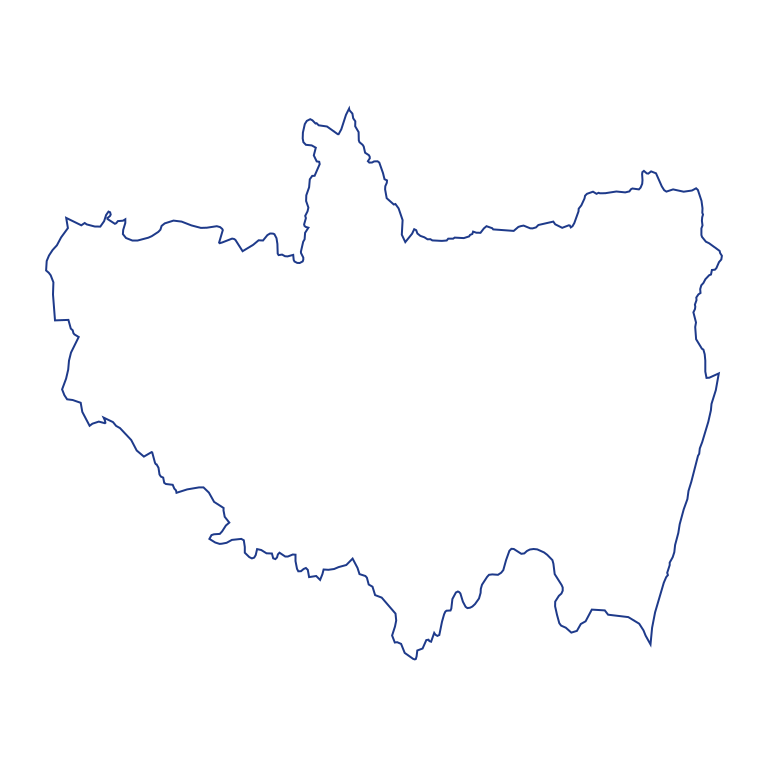 outline of Vohipeno, Vatovavy-Fitovinany, Madagascar
{"feature_id": "10022922B81120329184352", "entity_name": "Vohipeno", "entity_type": "district", "adm_level": 2, "iso_a3": "MDG", "parent_name": "Madagascar", "parent_adm1": "Vatovavy-Fitovinany", "projection": "equal_earth", "projection_center": [47.681, -22.341], "detail": "fine", "context": "isolated", "style": "outline", "palette": "blue", "viewbox_px": 768, "rotation_deg": 0, "n_neighbors": 0, "source": "geoboundaries", "source_scale": "gbopen_adm2", "svg_char_len": 6091}
<svg xmlns="http://www.w3.org/2000/svg" viewBox="0 0 768 768"><path d="M349.1,108.6L346.0,114.8L341.3,129.3L338.6,134.2L337.8,134.2L327.0,126.5L318.7,125.3L316.6,123.2L315.5,123.5L312.4,120.3L310.2,119.2L306.8,120.9L304.8,124.1L302.9,132.6L302.7,138.5L303.4,142.2L305.9,144.8L311.7,145.4L315.8,147.7L313.8,155.4L316.7,161.4L319.2,161.8L319.7,164.1L314.6,175.8L312.2,175.9L309.8,179.3L309.1,187.3L306.3,195.3L306.1,201.0L308.4,207.6L307.5,211.4L305.2,215.9L305.9,218.1L304.1,224.4L304.5,225.9L305.7,226.9L308.4,227.7L305.1,232.8L304.6,239.3L303.2,241.7L300.9,251.7L301.0,253.0L303.3,257.6L303.3,259.6L302.7,261.4L299.7,263.0L297.2,262.9L294.5,261.5L293.7,259.9L293.2,254.9L287.5,256.4L285.0,256.2L282.1,254.6L278.6,255.1L277.7,253.6L277.4,244.0L276.5,238.2L274.4,234.2L273.0,233.6L270.1,233.5L267.4,235.1L263.0,240.5L258.6,240.3L253.2,244.8L242.6,251.2L235.4,239.9L234.1,239.0L232.1,238.6L222.1,242.5L219.7,243.2L219.1,242.6L222.8,230.1L222.2,228.9L220.1,227.1L216.8,226.2L206.9,227.7L200.9,227.9L191.4,225.4L181.6,221.6L173.5,220.6L164.7,223.4L161.6,225.9L160.4,229.7L158.3,231.9L151.7,236.2L148.3,237.7L137.7,240.5L132.3,240.5L126.0,238.0L122.9,234.1L123.2,229.9L125.3,223.0L125.3,219.3L123.0,220.7L117.9,221.1L116.2,223.2L114.9,223.8L107.5,219.0L107.4,218.1L109.9,216.1L110.7,214.6L110.1,212.3L108.5,211.6L106.1,215.0L104.1,221.2L100.3,226.6L94.7,226.5L86.7,224.4L84.7,223.0L81.3,225.3L66.2,217.9L67.9,228.1L61.1,237.4L56.9,245.3L52.6,250.0L49.0,255.5L46.7,261.0L46.1,270.5L48.8,272.8L50.7,275.3L53.4,282.3L53.0,294.5L55.0,320.4L68.4,319.9L70.8,328.6L72.7,330.3L73.4,333.1L74.4,334.4L78.7,337.0L71.0,352.6L69.0,360.6L68.2,369.6L66.1,378.6L62.1,389.4L64.4,395.2L67.1,399.3L72.6,400.0L80.7,402.8L82.3,411.9L89.6,425.8L92.4,423.7L98.8,421.6L104.9,423.2L105.4,422.8L104.9,420.4L103.6,417.6L113.0,422.1L116.1,425.9L120.0,428.1L131.2,440.0L136.7,450.5L143.9,456.6L151.6,452.1L152.2,452.4L155.0,462.8L155.8,464.2L156.6,464.4L158.5,467.8L159.5,474.5L160.9,476.6L163.2,477.6L164.2,482.8L165.9,484.0L172.7,484.8L174.3,488.6L176.0,490.4L176.5,492.8L187.2,489.4L199.0,487.4L203.5,487.4L208.9,492.6L214.1,501.9L223.6,508.0L223.5,510.4L224.7,516.8L229.3,522.6L225.9,525.5L222.1,531.4L219.8,533.9L213.9,534.3L211.5,535.1L209.4,538.9L215.2,542.5L219.6,543.9L221.9,543.7L226.6,542.8L231.9,539.9L241.3,538.9L243.8,540.3L244.8,547.0L244.8,552.7L249.3,557.1L251.9,558.4L254.2,557.6L255.7,555.1L257.1,549.1L261.2,550.0L266.5,553.3L271.9,553.5L273.2,558.3L275.4,559.1L277.0,557.5L277.9,554.4L279.5,552.7L285.2,556.5L287.9,556.5L292.8,554.5L295.5,554.7L295.5,561.1L297.0,568.8L298.3,571.3L301.0,571.2L303.6,569.0L305.9,568.0L307.8,569.9L309.1,577.1L316.2,576.0L320.1,579.9L322.4,574.2L323.6,569.5L328.4,569.8L334.1,569.0L338.6,567.1L346.3,565.0L352.6,558.6L357.5,567.9L359.5,574.1L365.4,576.0L366.9,577.7L368.7,584.5L372.5,586.7L375.1,595.1L381.7,597.6L395.5,613.6L396.2,620.5L395.0,626.5L392.1,635.5L394.8,642.5L397.2,642.2L401.1,643.9L404.7,652.9L413.2,658.9L414.8,659.4L415.8,659.0L416.6,656.3L417.3,650.5L422.6,648.5L426.3,640.1L428.5,639.7L429.4,641.1L431.1,641.7L434.2,632.9L435.4,634.7L437.4,635.9L439.3,635.0L442.0,621.7L444.1,614.3L445.3,611.7L446.5,610.7L450.5,610.5L451.3,608.6L452.4,599.0L455.9,592.5L457.9,591.5L459.3,592.2L460.4,593.5L462.9,601.7L465.6,606.8L467.4,608.1L470.1,607.7L472.4,606.5L475.0,604.1L479.0,598.5L480.6,592.9L480.8,588.9L482.0,584.7L487.1,576.9L489.0,574.8L492.3,574.4L498.0,574.8L501.2,572.7L503.3,570.1L506.1,560.0L509.4,550.8L511.4,548.8L513.8,549.0L521.3,553.8L524.3,553.4L526.9,551.0L529.9,549.5L533.6,549.0L537.3,549.4L544.0,552.4L547.2,554.8L552.4,560.1L553.4,563.7L554.7,574.1L561.6,585.0L562.7,587.5L562.7,590.7L561.4,593.6L558.9,595.8L555.2,601.6L555.1,606.3L557.0,614.8L559.3,623.2L561.1,625.6L565.8,627.7L571.3,632.6L576.9,630.9L580.8,624.0L585.6,621.3L591.8,609.6L604.8,610.4L608.1,614.7L628.3,617.1L639.2,623.7L643.5,630.4L645.6,635.6L650.5,644.4L652.1,627.7L655.1,612.3L663.8,582.7L666.2,577.1L667.9,575.1L667.2,572.8L669.7,565.1L669.7,562.6L672.7,557.2L674.3,552.2L675.1,545.0L678.3,533.0L679.7,524.2L683.7,509.4L687.4,499.1L688.5,490.9L691.3,481.8L698.0,455.8L699.2,453.8L699.8,448.4L702.2,442.1L708.3,421.8L710.9,410.3L711.5,403.9L715.8,390.2L718.8,373.4L709.3,377.7L706.5,377.9L705.3,371.6L705.3,360.6L704.7,354.3L703.4,349.6L701.9,348.7L696.1,339.2L695.2,327.0L696.0,322.5L693.4,312.3L695.0,309.0L695.3,306.6L694.9,304.7L696.5,300.1L696.3,297.5L698.4,294.4L700.5,293.0L700.2,289.1L701.3,285.3L703.4,283.0L705.4,279.2L709.2,275.2L711.0,274.5L711.9,270.0L714.9,269.7L716.4,268.1L719.0,262.1L721.3,259.5L721.9,255.8L720.2,253.2L719.6,250.9L709.0,243.2L705.9,241.7L702.0,236.9L701.4,235.0L701.4,228.4L702.5,225.4L701.9,220.8L702.2,217.2L703.0,214.6L702.3,212.8L702.5,208.3L701.5,200.9L697.9,190.0L696.1,188.3L692.0,190.5L683.7,191.7L673.1,189.4L666.4,191.6L664.2,190.2L661.8,186.4L656.0,173.3L651.1,171.4L648.3,173.6L646.8,173.4L643.9,170.9L642.4,172.1L642.1,174.1L642.5,180.1L642.2,183.8L640.6,187.6L638.9,189.4L632.4,188.5L630.9,189.3L629.4,191.4L625.2,192.4L616.4,191.5L605.3,193.2L600.0,193.3L598.6,192.8L596.5,193.8L593.0,191.7L587.0,193.8L585.1,195.7L584.5,198.5L581.3,205.4L578.7,208.7L578.5,211.4L574.3,223.1L572.5,226.2L570.8,227.4L569.8,225.5L568.8,225.3L562.2,227.8L555.2,224.3L553.3,221.6L538.4,225.0L536.0,227.4L532.5,228.4L530.2,228.3L523.6,225.6L520.9,226.1L518.4,226.9L513.7,230.9L493.2,229.4L492.2,228.2L486.5,226.2L483.9,228.4L480.5,232.8L476.3,232.7L473.1,231.6L472.3,234.0L470.1,234.9L469.1,236.4L463.8,238.1L454.7,237.6L453.1,238.7L448.2,238.7L446.7,240.5L441.8,240.9L432.3,240.4L430.4,239.2L427.5,239.3L424.4,237.3L420.4,235.9L417.4,233.5L416.2,230.2L414.2,229.2L412.1,233.7L405.3,242.1L401.8,234.7L402.6,220.1L398.6,208.4L395.4,204.0L393.8,204.5L386.7,198.2L385.1,189.4L385.3,186.2L386.8,182.8L387.0,180.4L384.5,179.2L383.0,173.1L379.3,162.6L377.6,161.3L374.1,161.4L372.1,162.5L369.3,162.6L367.9,161.2L369.8,158.3L369.7,156.7L368.9,155.2L365.1,152.7L363.7,146.5L362.6,144.8L359.5,142.2L358.8,140.4L358.6,132.1L355.2,126.3L355.3,121.3L353.2,118.3L352.4,113.6L349.4,110.2L349.1,108.6Z" fill="none" stroke="#1e3a8a" stroke-width="2"/></svg>